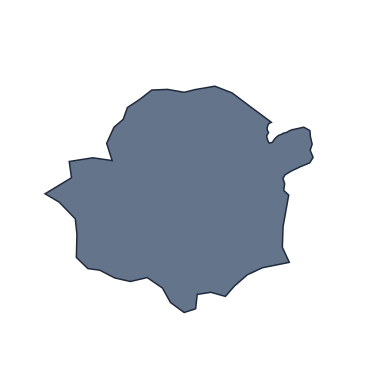 Tseri, Nicosia, Cyprus, rotated 241°
{"feature_id": "46923920B56120235345444", "entity_name": "Tseri", "entity_type": "district", "adm_level": 2, "iso_a3": "CYP", "parent_name": "Cyprus", "parent_adm1": "Nicosia", "projection": "albers", "projection_center": [33.334, 35.064], "detail": "fine", "context": "isolated", "style": "filled", "palette": "slate", "viewbox_px": 384, "rotation_deg": 241, "n_neighbors": 0, "source": "geoboundaries", "source_scale": "gbopen_adm2", "svg_char_len": 1037}
<svg xmlns="http://www.w3.org/2000/svg" viewBox="0 0 384 384"><g transform="rotate(241 192 192)"><path d="M261.7,62.6L247.5,70.9L225.1,76.9L210.9,70.9L190.8,59.1L175.5,63.8L168.4,73.3L154.2,82.8L143.6,94.7L138.9,111.3L122.3,119.6L105.8,119.6L90.4,126.7L88.1,138.6L99.9,146.9L95.1,159.9L84.5,170.6L89.2,183.6L92.8,200.3L91.6,216.9L83.3,243.0L99.8,244.2L117.6,254.9L142.4,275.1L148.9,273.0L154.2,277.0L159.8,278.2L161.9,281.7L162.2,288.8L161.6,298.8L160.4,309.1L163.5,314.7L171.2,315.6L175.6,320.3L183.0,322.4L188.6,324.9L194.5,321.2L198.1,309.0L198.3,306.7L198.3,303.6L199.1,300.5L199.1,298.4L199.5,295.2L199.2,293.0L198.1,289.5L196.5,286.4L197.3,283.3L199.4,283.2L202.4,283.7L204.7,284.4L205.8,285.8L206.7,287.7L209.7,287.9L211.6,288.8L213.2,290.3L214.6,292.1L214.5,295.2L238.1,284.5L259.4,275.0L273.5,263.2L280.0,244.6L283.0,233.5L293.6,220.4L300.7,206.2L298.3,190.8L297.2,176.5L288.9,167.0L286.5,155.2L275.9,140.9L258.2,137.4L270.0,121.9L278.2,99.4L262.9,93.5L261.7,62.6Z" fill="#64748b" stroke="#1e293b" stroke-width="1.5"/></g></svg>